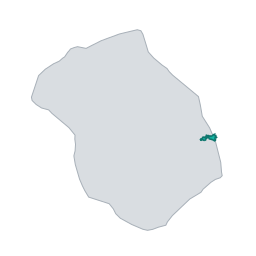 location of Maisa-Phoka, Leribe, Lesotho, rotated 98°
{"feature_id": "5366337B86145787410070", "entity_name": "Maisa-Phoka", "entity_type": "district", "adm_level": 2, "iso_a3": "LSO", "parent_name": "Lesotho", "parent_adm1": "Leribe", "projection": "mercator", "projection_center": [28.2, -28.776], "detail": "fine", "context": "in_parent", "style": "filled", "palette": "teal", "viewbox_px": 256, "rotation_deg": 98, "n_neighbors": 0, "source": "geoboundaries", "source_scale": "gbopen_adm2", "svg_char_len": 3518}
<svg xmlns="http://www.w3.org/2000/svg" viewBox="0 0 256 256"><g transform="rotate(98 128 128)"><path d="M171.5,175.1L163.9,177.5L162.8,177.7L158.0,177.2L151.5,177.7L146.4,179.1L142.4,179.5L135.9,186.5L124.2,205.2L121.1,209.1L120.2,216.4L117.5,222.2L114.1,226.8L110.9,227.9L101.1,226.1L88.5,223.8L81.3,218.1L74.8,210.7L71.3,205.3L67.8,202.3L66.5,200.7L61.4,198.2L59.5,196.9L57.8,196.0L55.8,192.4L54.5,189.3L55.0,180.6L51.4,175.5L45.3,166.7L41.4,159.5L36.1,149.6L32.8,141.2L29.4,132.5L29.9,128.8L33.1,126.3L42.5,121.9L49.9,118.5L55.1,112.3L60.9,103.1L63.7,97.6L66.5,95.0L69.5,91.1L74.8,82.5L80.7,72.9L87.1,62.6L95.1,59.6L106.0,56.1L116.5,47.2L129.0,39.6L149.1,31.4L158.5,29.3L162.1,28.1L164.4,29.7L166.8,34.4L170.2,38.3L178.1,45.1L181.5,46.8L189.7,56.9L198.5,63.9L208.6,71.9L215.5,75.9L219.0,77.0L222.0,84.1L224.9,89.4L226.6,94.4L226.2,99.2L223.0,111.0L218.4,123.1L214.6,128.2L210.1,131.3L205.6,136.1L203.9,145.8L201.9,157.3L196.1,162.0L191.6,165.1L185.3,168.9L171.5,175.1Z" fill="#d9dde1" stroke="#a8b0b8" stroke-width="1"/><path d="M129.8,50.1L129.7,50.1L129.5,49.9L129.4,49.8L129.3,49.7L129.2,49.7L129.1,49.8L129.0,49.7L128.9,49.4L128.7,49.4L128.8,49.3L128.5,49.4L127.8,49.3L127.6,49.2L127.4,49.0L127.4,48.9L127.3,48.7L127.2,48.7L126.9,48.6L126.8,48.4L126.5,48.4L126.4,48.3L126.4,48.2L126.2,48.2L126.0,47.9L126.0,47.7L126.1,47.4L126.1,47.2L126.0,46.9L126.4,46.7L126.5,46.7L126.7,46.4L126.8,46.4L127.0,46.3L127.4,46.1L127.4,45.7L127.5,45.5L127.6,45.3L127.5,45.2L127.6,44.9L127.6,44.7L127.6,44.4L127.6,44.2L127.5,43.9L127.5,43.7L127.6,43.4L127.7,43.2L127.8,43.2L127.8,42.9L127.8,42.7L127.9,42.4L128.0,42.3L128.0,42.1L128.1,41.9L128.1,41.7L128.2,41.4L128.2,41.2L128.3,41.1L128.2,41.1L128.3,41.1L128.3,40.8L128.4,40.7L128.4,40.4L128.3,40.2L128.2,40.2L128.2,39.9L127.8,39.8L127.8,39.7L127.7,39.7L127.4,39.7L127.3,40.0L127.2,40.1L126.7,40.3L126.2,40.4L125.9,40.5L125.5,40.1L125.4,40.0L125.4,39.8L125.5,39.8L125.5,39.7L125.4,39.4L125.4,39.2L125.0,39.0L124.9,38.9L124.8,39.0L125.0,39.2L124.8,39.3L124.7,39.5L124.8,39.9L124.8,40.0L124.9,40.3L124.6,40.3L124.2,40.3L124.0,40.2L123.6,40.0L123.4,40.0L123.5,40.3L123.4,40.5L123.2,40.7L123.1,40.8L122.9,40.9L122.8,41.0L123.0,41.1L122.9,41.3L122.7,41.3L122.4,41.3L122.5,41.4L122.8,41.4L122.9,41.5L122.9,41.9L122.7,42.0L122.7,41.9L122.6,41.7L122.4,41.8L122.5,41.9L122.5,42.0L122.6,42.3L122.7,42.5L122.8,42.5L123.0,42.5L123.2,42.9L123.3,42.9L123.5,43.0L123.8,43.1L123.8,43.3L123.9,43.5L124.0,43.6L124.1,43.8L124.2,44.0L124.3,44.1L124.4,44.3L124.4,44.6L124.5,44.6L124.5,44.8L124.6,45.0L124.5,45.3L124.9,45.4L124.9,45.5L124.8,45.8L124.7,45.8L124.7,45.7L124.6,45.8L124.7,46.0L124.6,46.3L124.5,46.5L124.4,46.8L124.5,46.8L124.4,46.9L124.5,47.1L124.4,47.1L124.4,47.3L124.4,47.5L124.5,47.7L124.4,47.7L124.4,47.8L124.4,48.0L124.4,48.3L124.4,48.5L124.3,49.1L124.2,49.4L124.3,49.5L124.5,49.4L125.0,49.4L125.3,49.4L125.6,49.4L125.8,49.7L125.8,49.8L126.1,50.2L126.4,50.8L126.4,51.0L126.5,51.0L126.6,50.8L126.8,50.6L126.8,50.8L126.7,51.1L126.6,51.5L126.6,51.8L126.5,52.0L126.5,52.3L126.9,52.4L127.0,52.4L127.1,52.5L127.1,52.8L127.3,52.8L127.5,52.9L127.6,53.0L127.8,53.1L128.3,53.3L128.4,53.6L128.5,53.8L128.7,54.1L128.8,54.2L128.8,54.5L129.1,54.6L129.3,54.7L129.5,54.4L129.8,54.4L130.0,54.3L130.0,54.2L129.9,54.1L130.0,53.9L129.9,53.8L129.9,53.7L129.8,53.4L129.7,53.4L129.5,53.1L129.3,52.9L129.2,52.8L129.2,52.7L129.0,52.4L129.1,52.2L129.3,51.9L129.5,51.7L129.6,51.4L129.7,51.2L129.7,50.9L129.7,50.7L129.6,50.4L129.7,50.1L129.8,50.1Z" fill="#14b8a6" stroke="#0f766e" stroke-width="1.5"/></g></svg>